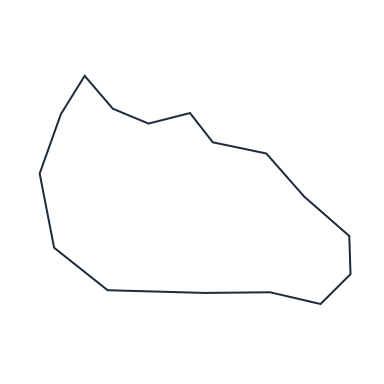 outline of Öckerö, Sweden, rotated 79°
{"feature_id": "70781695B5566617801013", "entity_name": "Öckerö", "entity_type": "district", "adm_level": 2, "iso_a3": "SWE", "parent_name": "Sweden", "parent_adm1": "", "projection": "equal_earth", "projection_center": [11.661, 57.718], "detail": "fine", "context": "isolated", "style": "outline", "palette": "slate", "viewbox_px": 384, "rotation_deg": 79, "n_neighbors": 0, "source": "geoboundaries", "source_scale": "gbopen_adm2", "svg_char_len": 361}
<svg xmlns="http://www.w3.org/2000/svg" viewBox="0 0 384 384"><g transform="rotate(79 192 192)"><path d="M326.5,87.2L302.9,52.1L265.2,46.0L218.0,82.7L168.4,111.7L147.2,162.1L114.1,178.9L116.5,221.7L95.2,253.8L57.5,275.2L90.5,305.8L144.8,338.0L220.4,338.0L272.3,293.6L293.5,198.8L305.3,134.6L326.5,87.2Z" fill="none" stroke="#1e293b" stroke-width="2"/></g></svg>